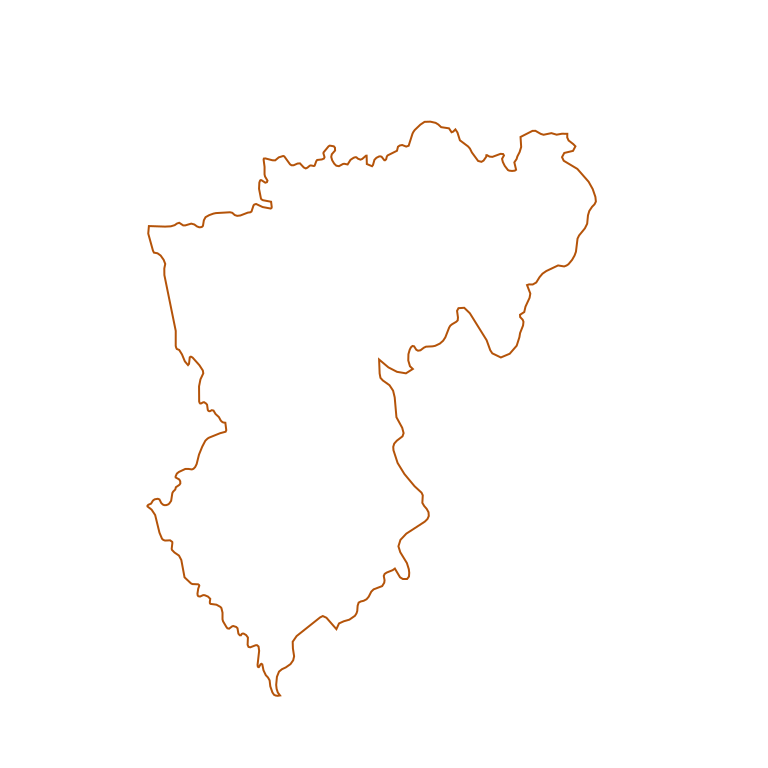 the border of Sumy, rotated 69°
{"feature_id": "UKR-325", "entity_name": "Sumy", "entity_type": "Region", "adm_level": 1, "iso_a3": "UKR", "parent_name": "Ukraine", "parent_adm1": "", "projection": "natural_earth1", "projection_center": [34.032, 51.234], "detail": "fine", "context": "isolated", "style": "outline", "palette": "amber", "viewbox_px": 768, "rotation_deg": 69, "n_neighbors": 0, "source": "natural_earth", "source_scale": "10m", "svg_char_len": 6153}
<svg xmlns="http://www.w3.org/2000/svg" viewBox="0 0 768 768"><g transform="rotate(69 384 384)"><path d="M276.8,119.3L285.1,119.6L289.6,120.8L291.7,123.1L293.1,126.2L296.0,130.3L299.6,133.1L307.2,136.9L310.7,140.7L315.2,148.6L317.6,151.2L329.3,157.4L332.4,160.1L335.5,163.9L338.3,168.9L338.8,171.1L338.8,173.7L335.7,179.0L336.7,192.0L337.8,196.5L340.0,200.5L343.8,205.5L344.4,209.5L343.0,212.9L342.9,215.0L352.0,215.0L355.7,217.2L362.5,224.2L367.1,227.3L368.1,232.2L370.3,232.9L373.7,231.5L375.9,231.5L379.2,233.2L385.2,238.7L388.8,240.8L395.8,246.4L400.8,255.8L401.1,265.4L394.2,271.9L390.6,272.7L379.9,272.5L348.7,278.5L341.6,281.8L339.9,287.3L341.9,289.6L348.4,291.1L351.0,292.4L351.8,294.2L352.6,299.0L353.3,301.2L354.7,303.0L362.4,310.0L364.8,313.3L366.3,317.4L366.7,322.5L366.3,325.0L364.2,331.4L364.4,333.8L365.6,337.9L365.1,340.3L363.6,341.6L359.6,342.4L358.7,343.8L359.4,345.7L361.2,347.7L364.9,350.5L370.7,352.9L376.7,353.4L380.3,351.7L381.9,359.7L377.3,367.5L370.1,373.9L359.4,379.8L372.6,384.3L377.0,385.1L380.3,383.8L387.1,379.3L393.5,377.9L400.3,378.8L419.5,384.3L431.4,382.7L436.9,383.3L439.5,385.5L441.5,392.3L443.3,395.8L446.0,397.9L449.2,398.9L462.6,399.6L475.4,397.2L490.4,392.1L498.9,387.9L501.8,387.7L508.7,390.8L512.3,390.2L515.9,388.9L519.7,388.4L523.3,389.5L525.6,391.8L527.1,395.2L531.7,416.8L535.4,424.5L540.7,428.7L546.9,429.1L559.4,426.8L565.7,427.2L569.3,428.1L572.7,429.7L574.3,432.3L572.8,436.3L570.2,438.3L560.2,440.0L560.9,442.6L561.0,449.0L561.5,451.4L563.1,453.0L567.4,453.8L569.6,455.0L572.0,458.1L572.0,467.3L573.3,470.3L577.1,474.5L578.7,477.4L579.1,480.7L578.7,483.6L579.0,486.0L581.6,488.1L586.3,490.3L588.3,491.9L590.0,494.2L591.6,500.8L591.1,506.6L591.4,511.8L595.8,516.3L581.6,521.5L578.7,524.3L579.0,527.3L588.0,555.9L591.9,561.6L598.2,563.8L606.0,565.5L609.4,567.8L612.0,571.7L613.4,577.3L613.7,581.5L614.9,585.1L619.0,588.9L626.3,592.5L630.1,593.5L634.0,593.7L637.5,592.7L637.0,595.0L636.0,596.8L634.8,598.0L632.0,598.7L625.5,598.5L619.7,597.0L616.4,597.5L613.5,598.7L608.1,599.1L602.2,598.1L601.3,598.7L601.4,599.6L603.5,602.3L603.3,602.8L602.6,603.1L600.9,602.7L588.4,596.2L584.1,595.2L582.3,596.2L581.9,597.5L581.9,603.2L580.9,604.7L578.6,604.8L571.9,601.9L569.0,602.7L566.7,604.5L566.3,605.6L566.4,606.5L567.3,607.6L566.9,608.7L564.9,609.4L559.5,608.3L557.8,609.1L555.9,611.5L555.8,612.5L556.9,616.3L556.0,617.7L554.5,618.2L547.9,619.3L545.8,619.1L539.6,616.7L534.9,616.1L533.5,616.6L530.0,619.5L527.1,624.8L526.3,625.1L525.0,624.7L522.3,623.2L519.4,624.5L516.9,627.1L516.3,628.5L516.5,631.9L515.6,633.4L514.6,633.7L512.9,633.3L508.5,630.8L506.1,628.7L505.4,628.7L504.4,629.3L502.1,634.6L500.9,635.7L493.0,639.5L475.7,636.3L470.7,636.9L466.2,640.0L462.9,641.4L461.8,641.3L456.5,638.5L455.5,638.3L453.3,639.7L451.7,644.5L450.5,645.9L448.9,646.7L442.3,646.9L424.3,644.6L418.0,646.0L413.6,648.7L412.8,648.4L412.3,647.3L412.2,644.3L410.1,641.6L409.7,640.4L409.5,639.3L410.1,636.3L411.3,635.0L415.4,634.6L417.5,633.5L418.3,632.6L419.0,630.8L419.1,629.0L418.7,627.4L416.8,624.6L410.0,620.7L408.9,619.4L407.7,616.7L405.8,615.3L404.8,611.1L403.9,609.8L401.8,609.1L399.7,609.4L396.6,612.0L395.6,611.7L393.4,609.5L392.6,607.0L392.1,600.0L393.1,597.2L394.9,594.0L394.9,592.3L393.9,590.1L391.6,587.6L383.6,582.0L377.3,576.1L372.9,571.1L371.7,568.2L371.4,566.5L371.2,554.7L371.8,549.0L370.6,547.8L363.3,546.0L362.3,547.9L361.2,548.8L359.6,549.5L355.7,550.0L351.7,552.0L347.7,552.7L346.7,554.2L347.0,556.0L346.8,556.9L346.2,557.5L345.1,557.8L339.9,556.6L338.3,557.2L336.5,558.5L336.3,559.4L336.6,561.8L336.3,562.6L335.4,562.9L334.0,562.8L319.9,557.5L313.9,553.7L309.3,548.9L306.5,548.3L300.3,549.6L290.8,553.2L289.5,554.2L289.2,554.9L289.5,555.8L295.3,558.8L296.1,560.2L291.5,561.8L284.0,562.0L278.8,563.0L277.0,564.9L275.6,565.0L273.8,564.8L259.8,559.4L203.6,550.0L197.4,547.7L193.5,545.2L189.1,545.2L184.0,546.5L180.8,548.6L178.9,551.7L176.7,551.9L159.1,550.2L152.3,546.9L158.6,532.0L160.4,526.5L160.7,522.5L160.0,519.8L160.1,517.4L164.0,514.6L164.7,512.7L165.2,506.5L167.1,503.9L169.9,502.1L171.5,500.3L172.0,498.7L172.0,497.3L171.4,496.3L166.6,493.5L164.3,490.8L163.7,486.6L163.8,482.2L164.2,479.7L168.5,466.2L169.8,464.3L172.8,462.8L174.4,460.8L175.2,457.7L175.2,449.7L175.8,447.2L175.5,445.9L170.5,441.8L170.0,440.8L170.1,438.9L175.3,433.9L179.6,426.9L179.4,426.0L178.6,425.4L173.4,424.1L169.0,431.2L167.6,432.3L166.6,432.4L157.0,430.7L151.3,428.2L149.6,426.7L149.5,425.9L149.9,425.3L153.5,422.7L153.6,421.0L152.4,419.9L147.7,420.7L145.5,420.4L138.5,417.7L131.4,416.0L130.5,415.4L130.9,413.9L135.2,407.9L136.2,405.4L134.7,401.0L135.0,396.4L135.8,395.5L145.2,393.0L146.1,392.4L146.8,391.7L147.4,389.9L147.2,385.7L147.9,383.4L153.1,381.3L154.7,379.8L154.6,378.0L153.6,375.1L153.7,374.0L155.4,371.3L155.3,370.5L151.7,367.4L150.9,366.1L152.1,361.5L152.0,359.3L150.9,358.2L146.9,357.9L146.1,357.4L142.3,350.7L142.0,349.4L142.3,348.7L144.1,345.7L145.8,345.1L148.5,346.0L150.8,350.4L153.1,351.9L156.6,352.2L160.5,351.5L163.1,350.3L164.5,348.0L163.9,343.5L164.1,342.3L166.0,339.3L162.7,334.9L161.9,331.2L162.0,329.5L162.5,328.5L164.3,327.6L166.1,325.6L166.1,323.7L164.4,319.0L164.6,318.4L172.5,321.2L176.4,317.1L175.6,315.8L171.3,312.6L170.1,310.0L169.8,307.0L170.3,305.6L171.0,304.8L175.2,303.5L175.5,302.9L175.0,301.5L172.6,299.8L171.9,298.7L170.9,288.3L167.5,285.9L167.0,283.8L167.4,281.4L170.3,278.2L170.4,275.6L160.4,267.6L159.1,266.1L157.9,264.3L154.9,257.1L153.8,252.2L155.7,246.7L158.7,242.2L161.2,240.3L164.7,238.6L168.6,231.7L173.2,230.7L173.2,229.0L171.9,226.1L175.5,225.3L183.7,225.8L192.3,220.4L195.0,219.4L199.3,219.0L209.5,216.2L211.5,213.4L211.1,211.0L208.4,207.0L207.1,206.5L207.2,205.9L209.5,204.0L210.8,201.4L210.9,192.7L212.0,190.4L213.6,190.1L216.1,193.1L219.4,193.5L223.7,193.1L228.7,191.6L229.7,190.6L231.0,188.1L231.7,185.4L231.3,183.9L223.8,182.9L221.5,179.6L219.4,178.0L216.1,174.3L211.9,171.0L202.3,168.0L200.9,154.7L201.9,151.9L206.7,148.0L208.5,145.7L209.8,137.8L213.1,133.5L214.1,128.3L216.1,123.2L219.5,124.6L222.8,124.4L227.9,121.3L230.7,120.1L234.1,124.0L232.9,132.9L236.0,136.5L240.0,136.2L252.5,126.4L268.5,120.5L276.8,119.3Z" fill="none" stroke="#b45309" stroke-width="2"/></g></svg>